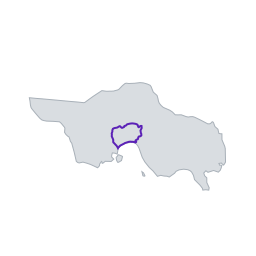 location of Gabès within Tunisia, rotated 107°
{"feature_id": "TUN-111", "entity_name": "Gabès", "entity_type": "Governorate", "adm_level": 1, "iso_a3": "TUN", "parent_name": "Tunisia", "parent_adm1": "", "projection": "natural_earth1", "projection_center": [9.729, 33.79], "detail": "fine", "context": "in_parent", "style": "outline", "palette": "violet", "viewbox_px": 256, "rotation_deg": 107, "n_neighbors": 0, "source": "natural_earth", "source_scale": "10m", "svg_char_len": 3937}
<svg xmlns="http://www.w3.org/2000/svg" viewBox="0 0 256 256"><g transform="rotate(107 128 128)"><path d="M174.9,145.4L174.8,146.2L174.0,151.7L173.8,153.7L173.7,157.0L173.8,161.1L175.7,164.5L175.7,166.0L175.0,167.7L171.5,169.7L167.0,172.3L163.2,174.7L158.9,177.4L157.7,179.1L155.6,180.5L153.8,181.8L153.5,183.1L152.3,185.5L150.7,187.4L146.6,188.3L145.9,188.9L144.0,191.8L143.2,192.9L142.1,195.3L143.5,201.5L145.2,207.9L145.5,210.5L145.5,212.7L144.5,215.1L142.4,218.5L140.8,221.0L137.8,225.5L136.9,226.6L134.8,227.9L130.7,229.7L127.9,231.2L126.5,224.3L125.2,218.5L124.2,213.7L122.4,205.2L120.9,197.9L119.4,190.7L118.0,184.2L116.7,177.6L116.1,176.7L111.9,173.6L108.1,170.7L104.2,167.5L99.9,163.9L99.2,159.5L97.0,152.8L94.7,149.1L93.8,148.1L89.1,145.7L86.4,143.9L85.7,142.9L85.2,140.2L83.3,134.8L81.1,129.8L80.4,126.5L80.3,122.3L80.7,119.3L81.7,118.0L86.3,114.3L88.4,109.7L91.0,108.0L93.3,106.8L95.2,105.3L96.8,102.9L98.0,100.3L98.3,97.6L98.8,93.2L99.7,90.2L101.6,86.7L100.8,83.9L99.8,80.9L100.1,75.7L99.9,73.6L99.0,71.8L98.2,69.4L98.2,67.4L99.0,62.1L99.7,58.2L100.7,53.0L100.3,51.5L99.6,50.4L97.4,49.3L97.4,48.6L97.9,47.8L101.2,45.3L102.9,41.6L104.4,40.8L106.6,39.5L106.5,38.0L106.1,36.5L111.8,34.7L117.3,30.1L119.2,29.0L132.0,24.8L133.6,25.1L135.5,25.7L134.9,27.3L134.2,28.5L135.3,30.7L136.8,29.4L136.4,28.5L136.3,27.3L138.9,27.2L141.3,27.4L143.8,28.7L143.6,33.7L147.0,38.6L146.1,41.0L148.9,42.4L151.3,40.7L152.6,38.1L157.1,36.7L161.4,32.9L163.8,32.6L164.3,35.6L165.5,38.3L163.9,39.2L161.8,42.1L157.9,49.3L154.2,51.5L151.5,54.3L150.7,56.2L150.4,58.6L151.1,62.7L153.1,66.9L155.4,69.4L157.6,70.2L162.8,74.2L162.7,76.6L163.4,79.5L163.7,82.9L165.6,85.7L161.7,91.6L159.6,96.0L155.5,102.0L151.9,105.8L144.0,111.6L142.1,113.5L140.8,115.5L140.2,117.6L140.5,120.0L143.1,126.0L146.5,129.5L150.0,131.4L156.1,130.7L155.9,133.0L156.4,135.7L158.9,135.6L160.5,135.2L161.9,132.5L164.9,134.3L166.5,140.0L169.0,141.7L169.3,142.4L168.4,142.8L167.7,143.4L168.5,143.9L170.9,144.6L172.4,144.2L174.9,145.4ZM161.9,129.7L161.3,129.8L160.1,130.6L159.5,130.7L157.8,129.8L157.2,129.8L156.3,129.2L156.6,125.8L156.9,124.9L161.0,124.7L163.3,126.8L163.7,127.3L163.8,127.9L162.7,129.0L161.9,129.7ZM169.3,99.8L165.7,101.9L166.4,100.0L168.8,97.8L169.4,98.4L169.3,99.8Z" fill="#d9dde1" stroke="#a8b0b8" stroke-width="1"/><path d="M139.5,116.6L139.4,116.7L139.6,117.2L139.7,117.8L139.7,119.0L139.8,119.5L140.2,120.6L140.2,121.2L140.5,122.1L141.0,123.2L143.2,126.4L143.4,126.6L143.7,126.8L147.1,130.3L148.0,130.8L149.8,131.6L150.2,131.7L150.1,131.8L149.6,132.2L148.1,134.0L148.0,134.3L147.9,134.5L146.6,136.7L146.1,137.7L145.9,137.9L145.8,138.0L144.2,138.5L143.4,138.8L140.7,141.1L138.7,141.6L138.0,142.0L137.8,142.0L137.4,142.0L136.1,141.9L135.7,142.0L134.7,142.3L134.2,142.3L133.6,142.2L133.2,142.2L132.2,141.2L131.9,140.7L131.0,138.9L130.7,138.4L128.8,136.7L128.7,136.5L128.7,136.3L128.7,136.1L128.7,135.9L128.8,135.8L129.3,134.9L129.4,134.7L129.5,134.3L129.6,134.1L129.6,133.8L129.5,133.7L129.3,133.3L128.2,132.1L127.9,132.0L127.5,132.1L127.4,132.1L127.2,132.0L127.1,131.9L126.9,131.7L126.6,131.1L126.4,130.9L126.1,130.6L125.9,130.5L124.9,130.0L124.7,129.9L123.3,127.5L122.7,126.2L122.3,125.1L122.1,124.0L121.9,122.7L121.8,121.5L122.0,120.3L122.0,120.1L122.2,119.9L122.3,119.7L122.8,119.3L123.6,118.7L124.1,118.2L124.1,117.9L123.0,117.1L122.8,117.0L122.4,116.6L122.2,116.2L122.1,115.7L123.5,115.1L124.0,114.9L126.7,115.3L126.9,115.3L127.1,115.2L128.0,114.7L128.5,114.5L128.9,114.3L129.6,113.7L129.9,113.5L130.9,113.2L131.1,113.2L131.3,113.1L131.5,113.2L132.0,113.6L132.3,113.8L132.5,114.2L132.6,114.4L132.8,114.9L133.0,115.1L133.3,115.2L133.7,115.4L133.9,115.4L134.1,115.4L134.6,115.4L135.0,115.3L135.6,115.3L135.8,115.3L136.0,115.4L136.2,115.7L136.4,116.1L136.8,116.5L137.2,116.8L137.7,117.1L138.2,117.1L138.4,117.1L138.5,117.1L138.6,116.9L138.6,116.5L138.7,116.3L138.7,116.2L138.8,116.1L139.0,116.1L139.5,116.6Z" fill="none" stroke="#5b21b6" stroke-width="2"/></g></svg>